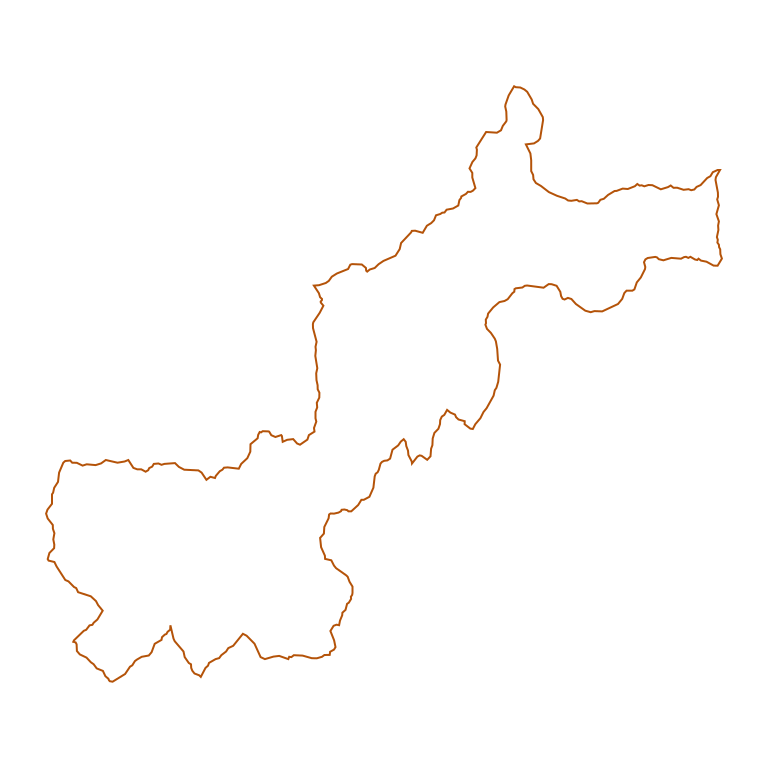 the district of Yungay, Áncash, Peru
{"feature_id": "86281439B99310220517112", "entity_name": "Yungay", "entity_type": "district", "adm_level": 2, "iso_a3": "PER", "parent_name": "Peru", "parent_adm1": "Áncash", "projection": "robinson", "projection_center": [-77.695, -9.174], "detail": "fine", "context": "isolated", "style": "outline", "palette": "amber", "viewbox_px": 768, "rotation_deg": 0, "n_neighbors": 0, "source": "geoboundaries", "source_scale": "gbopen_adm2", "svg_char_len": 6056}
<svg xmlns="http://www.w3.org/2000/svg" viewBox="0 0 768 768"><path d="M717.6,265.7L721.9,258.6L720.4,254.2L720.2,249.3L719.1,247.2L718.9,244.7L717.4,242.6L717.8,239.8L716.9,237.1L718.4,230.0L718.1,225.6L718.9,221.4L716.4,214.1L718.9,205.3L717.2,199.4L718.0,196.8L717.9,192.6L715.5,179.9L715.9,177.2L720.0,170.0L717.6,170.0L712.8,172.2L710.4,176.2L707.2,178.0L700.6,185.1L696.6,186.9L694.3,189.5L691.2,190.2L688.6,189.2L683.6,189.8L677.1,187.7L673.5,187.8L670.7,185.5L668.0,187.1L660.8,189.3L652.4,185.2L648.5,185.0L644.3,186.3L641.7,185.3L639.6,185.6L637.3,184.0L634.9,186.2L627.8,189.0L622.7,188.6L616.6,190.9L614.6,191.0L608.1,194.9L603.8,198.8L600.4,199.8L598.2,202.8L597.0,203.3L587.4,203.5L581.7,201.2L579.2,201.4L576.9,199.9L571.3,200.8L568.1,200.5L565.2,198.5L557.0,195.8L548.9,192.1L541.0,186.0L535.9,183.0L533.5,179.3L533.1,174.9L531.2,171.1L531.2,160.3L530.4,153.5L525.9,144.4L534.0,143.4L538.0,140.9L540.1,138.5L543.1,120.0L542.8,117.1L538.3,109.1L533.1,103.8L531.7,99.5L527.2,91.8L524.4,89.5L520.3,87.5L515.8,87.2L514.1,86.3L508.7,95.4L505.5,104.5L505.2,106.5L506.3,111.6L506.6,120.0L506.3,121.3L502.8,125.9L501.0,130.3L496.9,132.7L486.1,132.0L476.3,147.5L476.9,149.6L476.6,155.4L475.4,158.4L472.4,162.0L469.5,168.4L472.3,172.9L472.3,177.5L475.4,188.1L472.9,190.7L470.6,191.9L467.9,191.8L466.0,193.9L461.3,196.5L461.1,197.9L459.4,200.1L458.3,205.5L453.0,208.5L446.6,209.7L444.5,212.5L442.2,212.7L440.3,214.0L436.0,215.3L434.0,220.3L431.2,223.1L426.9,225.7L422.7,232.8L415.1,230.7L411.8,230.9L411.1,232.4L401.1,243.0L399.7,249.1L395.5,255.7L383.5,260.9L378.6,264.2L374.7,268.0L369.8,269.5L367.2,271.6L366.2,270.7L365.9,267.9L361.8,264.5L352.1,264.1L350.3,264.7L348.1,269.0L336.9,273.5L331.8,276.7L328.8,280.9L325.8,283.0L319.0,285.2L313.9,285.6L318.9,293.2L320.1,297.2L322.0,299.0L321.9,300.2L320.7,301.5L320.8,302.6L323.4,305.7L319.7,312.8L313.3,322.3L312.9,324.1L313.0,328.1L316.6,341.8L315.5,346.8L315.9,350.2L315.3,355.9L317.3,368.2L316.2,373.3L316.5,380.2L317.6,385.2L317.7,389.3L319.4,392.7L319.3,397.6L316.8,402.8L317.2,407.4L315.5,411.8L315.5,418.3L316.3,421.6L314.0,428.0L314.5,431.6L308.9,435.1L307.4,439.6L300.0,444.7L297.1,443.5L293.2,439.1L287.2,439.8L282.7,441.8L281.9,436.0L281.2,435.1L275.4,437.0L271.3,435.2L269.2,431.7L268.4,431.4L262.7,431.2L261.0,432.4L259.7,432.0L258.2,434.8L257.6,438.3L250.5,444.2L250.3,451.7L247.3,458.2L241.2,463.9L238.8,468.7L227.7,467.4L224.0,467.7L222.4,469.7L219.8,471.2L215.8,475.9L215.0,478.0L210.4,476.8L206.4,479.8L201.6,472.6L198.4,470.4L184.2,469.7L178.9,466.9L175.0,463.1L164.4,463.9L161.5,464.8L158.5,463.5L153.8,463.9L152.2,466.6L149.2,468.1L148.2,470.2L145.6,471.7L141.2,469.3L137.2,469.3L133.4,467.9L128.3,460.0L124.6,461.5L117.5,462.7L105.8,460.0L101.1,463.4L95.6,465.1L86.7,464.3L82.6,465.6L76.8,462.8L72.2,462.7L70.2,460.5L65.2,461.0L63.3,462.7L59.1,472.6L58.0,481.9L54.2,487.8L53.1,492.7L52.0,494.3L52.0,503.8L47.5,509.6L46.1,513.6L47.7,518.5L52.8,525.0L52.9,528.8L54.4,533.2L53.3,539.4L54.3,544.6L54.1,548.2L49.4,553.0L47.7,559.1L48.6,560.6L54.4,562.0L56.6,566.5L65.3,580.0L68.5,581.4L74.0,587.0L76.2,588.1L78.1,592.2L90.8,596.3L96.0,601.1L98.1,605.1L102.7,610.7L97.4,619.5L93.7,622.7L92.4,624.8L89.5,625.4L86.2,629.8L83.8,630.8L74.0,640.3L73.3,641.8L75.6,642.4L76.6,644.3L76.9,651.0L79.8,654.4L86.5,657.6L90.9,662.3L93.6,664.2L96.7,668.4L102.9,670.9L105.4,676.2L108.4,678.8L109.0,680.3L109.8,681.2L112.6,681.7L125.1,674.0L130.0,666.7L132.3,665.3L134.9,661.1L136.9,659.6L141.7,656.8L148.8,655.5L151.6,652.2L154.7,643.8L161.5,639.9L162.0,637.2L164.8,634.6L166.4,634.0L167.6,631.8L170.2,629.7L170.4,625.3L173.5,638.6L174.7,641.2L183.5,651.5L184.7,657.1L188.8,663.0L191.0,664.3L191.2,667.9L192.3,670.7L194.5,673.5L199.2,675.3L200.8,676.9L205.5,667.9L208.0,665.7L209.0,662.9L215.6,659.1L219.2,658.1L221.3,655.2L226.1,651.5L228.3,648.1L233.2,645.8L242.9,633.8L246.6,635.7L254.5,643.7L260.6,657.1L264.9,659.1L273.5,656.6L279.2,655.9L288.3,659.1L289.2,656.8L291.4,657.1L293.8,655.2L302.6,655.6L311.8,658.2L316.8,658.3L322.0,656.8L324.4,655.0L329.7,654.9L330.1,651.8L334.0,649.6L335.5,647.1L334.1,640.3L330.4,631.0L333.6,625.8L336.5,624.7L339.1,625.2L340.0,620.6L342.2,615.3L342.4,612.7L345.5,609.9L347.1,603.8L348.8,602.7L351.1,598.9L350.9,596.8L352.2,594.8L352.5,592.9L352.5,586.6L349.5,581.7L347.7,576.8L346.3,575.4L336.1,568.2L334.0,565.6L331.3,560.3L325.1,558.9L324.9,555.7L321.1,547.2L320.1,537.9L323.9,533.6L324.3,527.0L328.6,518.3L329.1,514.5L330.5,513.5L334.1,513.6L338.5,512.6L341.0,511.2L341.6,509.8L344.4,509.5L347.3,510.2L348.4,511.3L351.3,511.3L358.2,505.0L361.4,499.8L363.8,499.8L369.4,496.8L373.4,487.7L374.7,476.4L375.7,473.7L377.6,472.3L378.8,469.8L380.5,463.6L382.0,461.9L384.2,460.8L387.4,460.4L390.1,458.6L392.5,449.7L398.2,445.4L400.8,441.6L403.7,439.2L405.7,441.8L406.3,446.1L408.0,450.6L408.4,455.0L411.8,461.6L412.0,463.5L417.4,456.6L419.7,455.4L421.6,455.8L427.2,459.8L430.5,456.3L431.1,448.7L432.4,445.2L432.7,438.5L434.4,432.9L438.4,428.8L440.0,424.1L440.2,420.1L441.8,416.6L444.3,414.9L447.1,409.9L450.4,412.6L455.0,414.6L456.1,417.2L458.5,419.5L464.7,421.2L464.6,424.2L470.3,428.6L472.8,429.0L475.3,424.2L480.4,418.2L483.5,412.0L486.6,408.2L493.6,395.6L494.8,390.2L496.4,387.9L498.2,381.8L500.1,364.6L498.0,360.6L497.2,348.9L495.9,341.4L494.8,338.7L490.9,332.9L487.0,328.9L485.4,324.7L486.0,323.2L485.8,319.6L487.5,316.8L488.1,313.6L493.2,307.4L499.4,302.1L504.5,301.0L507.7,299.2L512.4,293.2L514.3,291.7L514.5,289.1L515.8,288.3L522.4,287.5L524.8,285.8L527.1,285.5L543.6,287.7L548.7,284.1L551.6,284.2L556.6,285.8L560.3,291.8L561.1,296.1L562.6,298.8L564.6,299.5L567.9,297.9L571.4,299.0L575.9,304.0L585.3,310.7L590.7,312.2L594.4,311.1L602.2,311.4L618.0,304.0L622.2,298.9L624.3,293.1L626.5,290.7L632.3,290.7L634.4,289.4L636.8,282.4L640.8,277.5L645.0,269.1L645.3,267.0L644.0,262.2L645.4,259.4L647.7,258.0L655.3,256.9L657.0,257.4L658.8,259.2L663.4,260.3L671.3,257.9L681.0,258.7L684.1,257.1L686.0,256.8L688.3,257.9L690.4,256.8L695.0,259.5L697.3,260.0L698.5,258.7L701.0,260.6L706.5,261.7L713.6,265.6L717.6,265.7Z" fill="none" stroke="#b45309" stroke-width="2"/></svg>